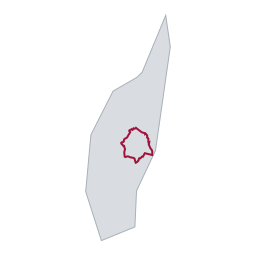 location of Melekeok, Melekeok, Palau
{"feature_id": "81905179B96125611766208", "entity_name": "Melekeok", "entity_type": "district", "adm_level": 2, "iso_a3": "PLW", "parent_name": "Palau", "parent_adm1": "Melekeok", "projection": "natural_earth1", "projection_center": [134.606, 7.509], "detail": "fine", "context": "in_parent", "style": "outline", "palette": "rose", "viewbox_px": 256, "rotation_deg": 0, "n_neighbors": 0, "source": "geoboundaries", "source_scale": "gbopen_adm2", "svg_char_len": 2258}
<svg xmlns="http://www.w3.org/2000/svg" viewBox="0 0 256 256"><path d="M134.9,226.9L101.4,240.6L85.7,191.6L90.9,134.8L113.1,91.1L137.3,77.1L142.2,72.1L165.7,15.4L170.3,46.7L155.5,150.5L136.5,190.9L134.9,226.9Z" fill="#d9dde1" stroke="#a8b0b8" stroke-width="1"/><path d="M149.2,142.5L148.9,142.7L148.8,142.8L148.8,142.7L148.7,142.7L148.5,142.4L148.4,142.2L148.3,141.9L148.3,141.7L148.3,141.4L148.4,141.2L148.4,140.9L148.4,140.7L148.3,140.4L148.3,140.2L148.4,139.9L148.4,139.7L148.4,139.4L148.4,139.2L148.4,138.9L148.2,138.7L148.0,138.4L147.8,138.3L147.8,138.2L147.7,138.2L147.4,137.9L147.3,137.7L147.2,137.6L147.1,137.3L147.1,137.2L147.2,136.9L147.2,136.7L147.2,136.4L147.2,135.9L147.0,135.7L147.0,135.4L146.9,135.4L146.8,135.1L146.7,135.0L146.5,134.8L146.4,134.6L146.1,134.3L146.1,134.2L145.9,134.1L145.7,133.9L145.6,133.7L145.4,133.5L145.3,133.4L145.2,133.4L145.1,133.5L145.1,133.4L145.1,133.2L141.9,132.4L136.0,127.9L135.9,127.8L135.7,128.0L135.5,128.3L135.0,128.6L134.3,128.7L133.9,128.5L133.5,128.3L133.3,128.6L133.0,129.0L132.8,129.7L132.6,129.9L132.4,129.8L132.2,129.7L132.1,129.3L131.7,129.2L131.6,129.4L131.6,129.6L131.4,129.6L131.1,129.5L130.0,130.0L129.5,130.3L129.3,130.6L129.2,130.9L129.5,131.3L130.2,132.0L130.1,132.3L129.9,132.7L128.7,134.6L127.1,137.4L126.2,138.1L125.0,138.6L124.4,139.1L124.3,139.6L124.0,139.9L123.8,140.4L123.8,140.9L123.8,141.5L123.4,141.9L122.4,142.3L121.8,142.3L121.5,142.5L121.2,142.9L121.5,143.9L122.1,144.4L123.2,145.6L123.3,145.8L123.8,145.7L124.1,145.8L124.2,146.2L124.0,146.5L124.4,147.3L124.9,148.5L124.9,149.1L125.0,149.4L124.8,149.9L124.6,150.7L124.3,152.1L124.3,152.9L124.4,154.2L124.7,156.2L124.7,156.7L125.2,156.8L125.7,157.0L126.3,156.8L127.0,156.5L127.8,156.3L128.4,156.5L129.9,157.1L130.5,157.4L131.0,157.4L132.6,157.7L133.5,157.9L134.1,158.3L134.5,158.5L134.6,158.8L134.9,160.1L135.7,162.7L136.2,162.5L136.4,162.5L136.6,162.3L136.9,162.2L137.4,161.7L137.7,161.2L138.3,160.9L138.5,160.7L138.5,160.1L139.0,158.7L139.2,158.3L139.5,158.2L140.2,158.3L140.5,158.3L140.9,157.8L141.1,157.5L141.6,157.2L141.7,156.9L141.9,156.7L142.3,156.5L142.6,156.6L142.9,156.6L143.0,156.6L144.8,153.2L152.2,155.0L152.3,151.8L151.8,150.0L150.5,148.4L148.9,144.7L149.2,142.5Z" fill="none" stroke="#9f1239" stroke-width="2"/></svg>